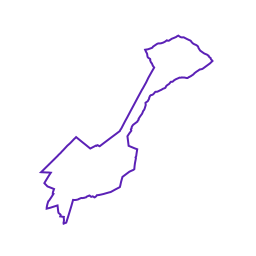 outline of Voitinel, Suceava, Romania, rotated 167°
{"feature_id": "2599482B77271409041849", "entity_name": "Voitinel", "entity_type": "district", "adm_level": 2, "iso_a3": "ROU", "parent_name": "Romania", "parent_adm1": "Suceava", "projection": "natural_earth1", "projection_center": [25.73, 47.865], "detail": "fine", "context": "isolated", "style": "outline", "palette": "violet", "viewbox_px": 256, "rotation_deg": 167, "n_neighbors": 0, "source": "geoboundaries", "source_scale": "gbopen_adm2", "svg_char_len": 4763}
<svg xmlns="http://www.w3.org/2000/svg" viewBox="0 0 256 256"><g transform="rotate(167 128 128)"><path d="M93.7,200.4L93.4,198.7L93.1,197.5L92.8,196.6L92.7,195.9L92.9,193.8L92.9,192.9L92.7,192.3L92.3,191.7L91.7,191.1L91.1,190.5L90.9,190.2L90.9,189.7L91.1,189.2L91.2,188.9L91.1,188.4L90.9,187.1L90.8,186.6L90.5,186.1L90.2,185.6L89.8,183.1L88.9,181.0L91.9,177.8L96.9,172.3L100.1,168.3L103.8,164.2L104.4,163.5L105.9,162.0L107.9,159.7L112.4,154.6L117.7,148.5L121.3,144.4L126.4,138.5L129.2,135.4L132.0,132.1L134.9,128.7L135.5,128.3L136.2,127.5L136.6,126.9L140.6,125.1L143.8,123.7L147.0,122.3L151.0,120.5L154.4,119.0L159.7,116.6L159.8,116.6L160.8,117.5L161.5,118.1L162.8,117.7L163.1,118.1L166.2,117.3L169.4,116.5L173.3,121.5L175.3,124.0L177.4,126.7L180.6,130.8L181.0,130.5L183.1,129.3L185.5,127.7L187.8,126.2L191.1,124.4L196.4,120.8L197.7,120.0L198.4,119.5L199.2,118.9L201.8,117.4L202.6,116.8L216.1,108.5L222.6,104.5L222.0,104.3L219.8,103.7L217.0,102.9L216.5,102.8L216.0,102.7L213.3,101.8L215.5,99.7L216.5,98.7L220.3,94.8L221.9,93.1L221.7,92.7L220.2,90.2L219.6,89.2L216.7,87.2L213.8,85.2L215.6,82.3L216.1,80.9L215.8,80.7L215.5,80.5L218.7,77.4L221.4,74.9L222.2,74.5L223.9,71.5L225.0,69.1L225.4,67.7L221.6,67.8L216.6,68.2L214.5,68.4L214.1,68.4L214.3,66.5L214.7,63.1L214.8,61.7L214.8,61.0L214.6,60.6L213.6,59.3L213.2,58.6L213.2,58.3L213.5,57.7L213.9,57.1L210.5,55.8L210.8,55.0L210.9,54.3L211.1,52.6L211.4,51.8L211.8,50.8L212.0,50.4L212.2,50.0L212.2,49.3L209.5,49.7L208.9,50.6L207.7,52.7L206.8,54.2L204.2,58.7L200.7,64.8L198.5,68.8L197.7,70.3L197.4,70.2L196.4,69.9L196.1,69.8L195.2,69.7L194.6,69.6L194.4,69.6L193.6,69.6L193.0,69.6L192.3,69.7L192.0,69.8L191.9,69.9L191.2,70.0L190.1,70.2L189.3,70.3L188.9,70.2L187.9,69.9L187.3,69.9L186.6,69.9L186.1,69.8L185.7,69.9L185.2,69.9L184.8,69.9L184.4,69.9L184.0,70.2L183.6,70.4L183.3,70.5L181.3,70.8L181.0,70.9L180.7,70.9L180.4,70.6L180.1,70.1L179.8,69.7L179.6,69.4L179.4,69.3L179.2,69.2L178.9,69.2L178.3,69.3L178.0,69.4L177.8,69.3L177.3,69.0L177.1,68.8L176.5,68.1L176.1,67.9L175.9,68.0L175.3,68.2L174.3,68.7L173.4,69.5L171.2,69.2L171.1,69.3L169.9,69.2L169.3,69.2L168.7,69.2L167.1,69.2L166.7,69.2L165.1,69.3L160.9,69.5L159.6,69.5L159.3,69.5L155.4,70.6L153.7,71.1L153.1,71.2L152.1,71.5L151.7,71.6L150.4,71.9L149.2,72.3L148.4,73.8L146.9,77.0L145.6,79.4L144.4,81.6L139.9,83.6L136.5,85.1L133.8,85.7L133.5,85.7L132.1,86.0L131.1,86.5L130.2,89.3L129.2,92.0L127.3,96.3L127.1,96.8L127.3,97.6L127.1,97.9L126.9,98.0L126.7,98.1L126.2,99.1L125.5,101.0L123.8,105.2L126.1,106.7L131.4,110.5L130.8,116.1L130.4,120.1L128.0,122.4L125.4,124.6L125.5,126.1L125.2,126.3L124.8,126.6L124.6,126.8L124.3,127.9L123.9,128.4L123.1,129.3L122.2,130.0L119.7,131.1L117.9,131.9L117.4,132.1L116.8,133.0L116.1,133.5L115.7,133.8L115.6,134.6L115.1,135.1L113.2,136.9L111.8,138.1L111.4,138.4L110.5,139.5L109.5,141.0L109.2,141.3L108.2,142.1L107.8,142.6L107.1,143.7L106.3,145.1L105.7,146.1L105.5,146.6L105.5,147.1L105.3,148.6L104.5,149.0L103.6,149.3L102.8,149.7L102.5,149.9L102.1,150.4L101.5,151.1L100.9,151.7L100.8,152.0L100.4,153.0L99.8,153.6L99.5,154.1L99.2,154.4L98.2,154.9L97.5,154.8L96.9,154.9L96.3,155.0L95.7,155.3L94.8,155.9L93.7,156.8L93.1,157.1L92.1,156.9L91.6,156.8L91.0,156.8L90.7,156.9L90.2,157.0L88.1,157.5L87.0,157.7L86.1,158.0L84.9,158.4L83.7,158.5L82.9,158.7L82.7,158.7L82.5,158.8L82.2,159.1L81.9,159.6L81.6,160.0L81.4,160.2L81.0,160.4L80.4,160.8L79.7,161.1L78.5,161.5L77.9,161.8L77.3,162.2L76.6,162.9L75.7,163.4L74.8,163.1L74.3,163.1L74.2,163.1L73.7,163.3L73.0,163.7L72.4,164.1L71.9,164.2L71.0,164.6L69.6,164.9L68.4,165.1L66.5,165.5L65.4,165.2L64.7,165.1L64.1,165.2L63.9,165.1L63.5,164.9L63.0,164.8L61.7,164.5L61.5,164.4L59.8,163.6L59.3,163.4L58.6,163.3L58.2,163.5L57.8,163.7L57.4,163.9L57.2,163.9L56.9,163.9L56.6,163.9L56.2,164.1L55.7,164.3L55.0,164.4L54.4,164.7L52.9,165.2L51.8,165.8L50.8,166.5L49.0,167.3L48.6,167.5L47.1,168.0L45.4,168.7L45.0,168.9L44.9,168.9L44.6,168.8L44.0,168.8L43.2,168.8L42.5,168.8L41.8,169.0L40.6,169.5L33.6,172.5L32.6,173.1L31.6,173.7L30.6,174.3L31.1,175.3L31.3,175.6L31.5,175.9L31.6,176.1L31.8,176.9L31.8,177.3L31.8,177.7L31.9,177.8L32.2,178.1L32.6,178.5L32.9,179.1L33.2,179.5L33.3,179.7L33.2,180.3L33.3,180.4L34.1,181.2L34.4,181.6L35.2,182.2L36.9,183.4L38.0,184.6L38.8,185.5L40.2,187.1L40.5,187.8L41.0,189.2L41.3,190.1L41.4,191.4L41.6,191.9L41.9,192.5L42.2,192.7L43.1,193.7L44.0,194.3L44.8,194.9L45.7,195.8L46.6,197.2L47.2,198.7L47.5,199.1L48.7,200.0L50.6,201.5L53.3,203.8L54.0,204.0L55.0,204.1L56.3,204.7L56.6,205.0L57.6,206.0L58.2,206.7L59.7,206.3L60.5,205.9L61.0,205.8L62.6,205.5L65.3,205.1L68.4,203.9L68.8,203.9L69.9,204.2L70.4,204.7L72.5,203.8L74.4,203.3L76.9,203.1L78.7,203.4L79.4,203.6L80.3,203.5L80.8,203.4L85.4,201.6L86.2,200.8L87.3,200.6L90.8,200.2L93.7,200.4Z" fill="none" stroke="#5b21b6" stroke-width="2"/></g></svg>